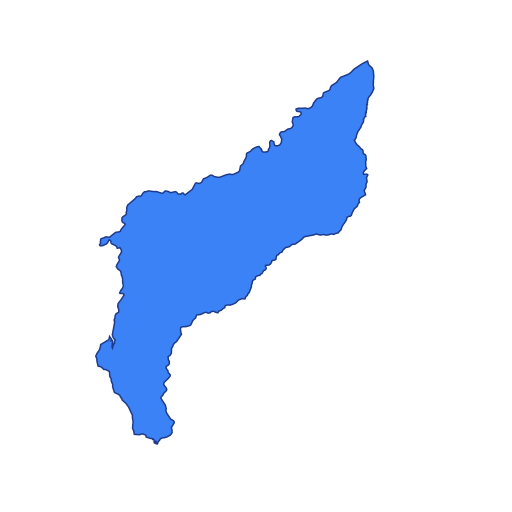 outline of Marisel, Cluj, Romania, rotated 330°
{"feature_id": "2599482B88504736403182", "entity_name": "Marisel", "entity_type": "district", "adm_level": 2, "iso_a3": "ROU", "parent_name": "Romania", "parent_adm1": "Cluj", "projection": "robinson", "projection_center": [23.156, 46.66], "detail": "fine", "context": "isolated", "style": "filled", "palette": "blue", "viewbox_px": 512, "rotation_deg": 330, "n_neighbors": 0, "source": "geoboundaries", "source_scale": "gbopen_adm2", "svg_char_len": 6091}
<svg xmlns="http://www.w3.org/2000/svg" viewBox="0 0 512 512"><g transform="rotate(330 256 256)"><path d="M395.6,235.6L395.8,233.5L398.1,229.2L399.7,227.6L401.3,224.0L401.3,222.9L400.1,221.0L401.2,218.5L401.4,217.1L400.5,215.7L400.2,213.2L399.3,210.8L398.9,208.4L399.0,204.8L399.8,204.8L401.7,203.7L403.9,201.2L407.5,198.5L408.3,198.5L410.2,197.3L411.0,197.2L411.6,196.4L413.4,195.0L415.7,193.9L417.3,192.0L417.2,191.6L418.1,191.0L420.4,189.7L420.9,189.9L421.3,188.6L422.5,187.5L422.4,186.9L423.3,186.8L423.7,185.7L424.6,185.1L425.7,183.4L426.1,183.4L426.2,182.5L427.5,181.0L427.6,180.4L428.2,180.3L428.0,179.8L429.3,178.9L430.0,177.5L430.4,177.3L430.4,176.9L431.0,176.8L431.7,175.7L433.3,174.7L436.0,173.8L436.8,173.1L438.0,172.7L441.7,170.0L443.4,165.8L444.1,165.1L445.1,163.2L447.5,159.9L450.0,154.8L450.6,151.5L449.2,146.7L450.1,142.9L444.0,142.6L434.1,143.2L430.0,144.5L427.3,144.8L419.0,143.6L417.7,143.8L412.4,146.0L406.5,146.2L404.4,147.6L403.6,148.6L402.1,149.2L396.8,148.5L395.7,148.7L393.6,151.1L392.8,151.3L391.6,151.4L388.3,150.4L386.7,150.5L382.5,152.2L379.6,154.5L377.8,154.8L375.5,154.7L374.0,153.9L372.8,152.6L368.0,150.2L367.3,149.5L364.3,148.7L363.6,149.8L363.8,151.2L365.8,152.7L366.7,153.8L366.6,154.7L365.8,155.9L362.6,156.7L358.6,154.6L357.2,154.7L354.3,158.2L354.3,159.3L353.6,161.6L351.1,162.8L349.9,162.9L346.9,162.0L343.0,162.4L339.6,161.1L337.9,161.8L336.9,162.7L337.1,164.5L336.8,166.0L337.0,166.7L336.5,167.9L334.8,170.3L332.2,171.7L329.8,171.4L327.8,170.0L327.5,168.6L328.5,166.1L327.1,163.6L326.1,163.5L324.8,164.2L322.7,168.2L321.5,169.3L320.3,169.7L319.2,171.1L318.0,171.4L314.9,170.1L314.1,169.4L313.5,167.4L314.1,166.7L314.1,165.8L313.5,164.0L313.4,162.7L311.3,161.9L307.2,161.6L305.7,161.8L303.7,162.6L299.3,162.4L298.6,163.0L297.7,164.7L296.0,166.2L292.8,168.1L291.0,169.7L287.6,170.3L284.4,173.9L282.9,174.5L277.2,174.0L275.7,173.3L274.3,172.0L271.0,170.8L264.1,169.7L262.5,168.9L259.6,166.4L258.4,164.1L256.8,163.2L252.7,163.5L249.2,162.9L248.1,163.4L246.2,164.8L244.5,165.1L242.8,164.6L241.1,163.0L240.0,162.7L233.9,166.5L225.2,167.6L224.8,167.1L224.3,164.9L223.2,164.5L221.6,164.7L219.6,163.4L219.0,160.8L218.3,159.9L213.7,158.5L212.3,156.3L210.3,154.5L209.3,154.3L207.4,154.9L206.0,154.8L202.1,150.5L199.4,148.9L195.2,145.7L193.6,145.6L191.9,144.7L190.2,144.8L186.7,146.5L186.0,146.5L184.3,145.5L182.2,145.0L179.7,146.0L170.4,147.7L168.0,149.7L167.4,151.3L165.2,153.5L164.9,154.8L164.1,155.2L159.9,155.5L159.0,156.0L157.5,158.4L157.3,159.3L157.5,160.5L158.4,161.9L158.6,162.8L158.4,163.3L152.4,165.6L150.7,166.8L149.7,166.7L146.2,165.3L138.3,166.5L136.1,164.7L135.1,164.2L132.8,164.2L130.6,163.5L129.8,163.9L128.0,166.4L127.7,167.4L126.3,167.8L126.0,168.6L126.2,169.3L128.1,170.3L132.4,170.8L134.0,170.3L136.6,168.7L137.3,168.9L137.7,170.4L137.0,172.2L137.1,173.2L139.5,176.6L140.0,178.6L139.7,179.9L142.3,180.8L142.4,183.1L141.7,185.2L136.5,188.1L136.1,188.8L136.0,190.7L135.5,191.6L131.2,194.0L129.7,195.3L129.8,198.3L130.9,200.5L131.1,201.5L130.8,203.0L129.9,205.0L129.7,206.9L129.1,209.0L127.3,212.2L126.5,214.8L125.9,215.9L124.2,217.2L121.9,218.1L119.4,219.8L119.6,220.5L122.4,222.3L122.2,223.8L117.8,226.2L112.7,228.3L110.9,230.7L110.3,234.0L108.8,236.1L106.0,236.0L104.1,237.3L103.1,238.9L101.3,240.3L100.8,241.3L101.0,241.8L99.9,243.4L92.2,252.4L91.6,254.9L91.7,257.4L92.1,258.4L90.9,259.2L89.8,260.4L89.8,261.0L88.8,261.0L85.7,263.9L86.0,262.5L89.2,258.2L89.3,257.5L88.1,257.0L89.3,256.1L88.9,252.5L87.4,254.3L86.2,254.9L77.2,255.0L76.4,256.2L73.6,258.9L69.5,260.9L67.1,262.7L66.8,265.3L65.5,268.0L64.2,272.4L66.2,274.3L67.1,276.6L67.4,278.1L69.3,279.4L71.3,282.8L69.3,286.8L69.1,287.9L69.2,289.7L68.0,292.5L67.7,295.5L66.6,297.3L66.0,299.4L65.2,303.4L67.4,306.6L68.4,308.6L68.1,310.6L68.5,312.4L68.1,313.8L69.7,318.7L70.1,323.5L69.3,332.4L68.3,333.8L66.7,338.1L62.9,343.5L62.7,346.2L61.4,349.6L65.9,352.6L68.4,353.0L70.7,355.5L70.9,356.3L70.4,357.9L73.3,361.1L75.0,362.5L74.8,363.2L75.7,363.5L75.7,364.4L75.1,365.6L76.6,366.3L76.7,367.1L76.1,367.9L74.6,366.8L74.5,367.0L76.3,369.4L76.9,369.4L77.9,368.2L80.5,367.3L81.5,366.6L83.9,366.6L85.6,367.5L88.5,368.2L92.3,368.3L95.0,367.1L96.4,364.3L96.9,362.3L101.7,359.6L102.2,359.0L102.2,357.3L100.5,354.5L100.1,347.4L100.6,344.9L102.0,343.2L102.9,339.7L102.5,331.5L103.2,330.7L106.1,329.8L107.2,328.8L110.5,328.0L111.9,327.2L112.3,325.6L111.7,321.5L112.6,320.0L114.0,319.3L119.3,318.0L121.7,317.0L122.3,315.8L121.7,313.3L122.4,310.9L122.2,310.3L122.1,307.7L123.3,306.7L125.8,306.6L127.2,305.8L128.3,303.5L128.2,302.2L129.5,299.2L132.0,299.0L134.1,297.9L136.7,293.8L138.8,292.6L139.8,291.6L141.8,290.7L144.3,290.4L152.4,286.5L152.5,285.4L153.9,281.7L155.1,280.3L156.7,280.4L160.4,282.3L164.3,283.2L165.4,282.9L168.4,280.7L170.5,279.8L172.6,279.5L174.7,277.7L175.5,277.5L178.3,278.8L181.2,279.2L182.4,279.1L184.2,279.6L185.4,280.6L185.9,281.5L187.8,282.3L189.4,281.8L191.8,282.7L192.9,284.6L194.6,286.1L196.2,285.2L199.0,285.6L200.8,285.1L203.2,285.1L204.0,283.9L205.0,283.7L207.0,284.2L208.8,285.5L211.9,286.2L215.3,286.4L218.7,285.4L222.7,286.0L224.0,287.1L225.3,287.6L226.5,286.2L228.9,285.8L230.0,284.7L231.6,284.4L236.6,280.4L237.4,279.0L238.5,278.2L240.9,275.5L243.9,275.6L245.0,274.1L245.7,273.8L248.0,274.0L249.7,274.7L251.0,274.0L252.3,274.2L255.1,272.6L257.0,272.7L258.1,272.3L258.8,271.6L259.1,269.6L259.6,268.9L263.0,270.4L265.0,270.0L267.8,268.0L270.3,268.9L271.6,268.9L272.8,267.2L274.6,265.7L275.7,266.1L278.3,265.2L280.8,265.5L282.3,264.3L286.2,263.5L287.5,264.1L289.8,264.6L292.8,264.0L296.2,265.3L303.9,264.5L306.8,263.6L308.1,263.7L316.8,266.7L319.0,266.9L322.0,269.9L325.3,271.2L327.2,273.0L329.8,274.1L332.0,274.3L334.3,276.3L335.8,276.2L338.9,277.1L340.2,276.4L342.6,275.9L345.4,273.4L352.2,270.1L354.1,268.0L356.1,268.1L357.5,268.7L358.8,268.5L361.3,266.4L364.4,264.4L368.6,263.5L370.5,261.9L372.5,261.2L373.1,259.1L374.3,258.2L376.3,257.8L381.4,257.8L381.8,257.0L382.3,253.6L385.8,251.3L387.2,248.8L389.3,247.3L390.8,243.5L393.4,241.7L393.1,240.7L390.1,239.0L390.2,238.3L390.7,237.4L392.6,236.3L395.6,235.6Z" fill="#3b82f6" stroke="#1e3a8a" stroke-width="1.5"/></g></svg>